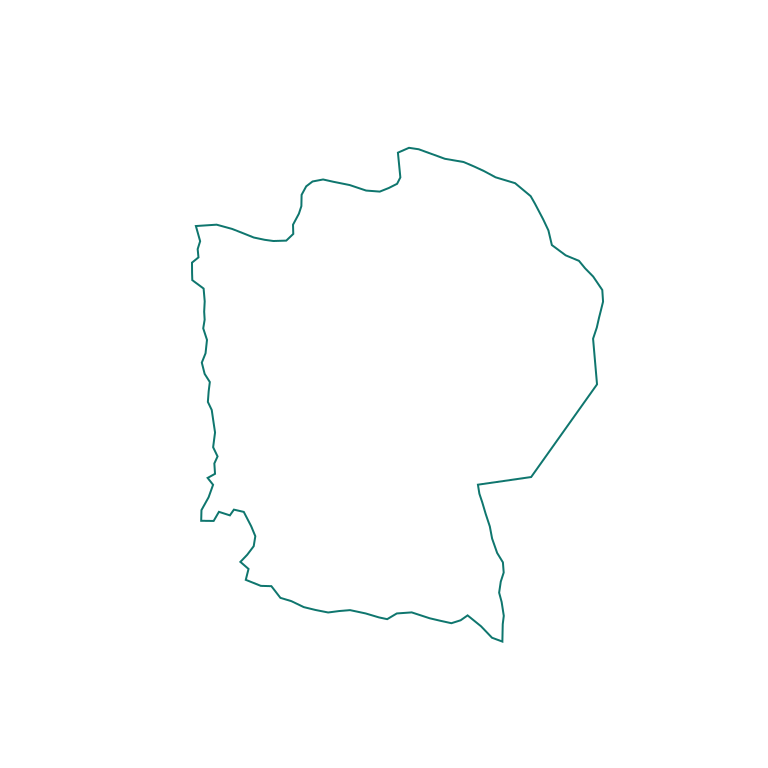 Terra Roxa, São Paulo, Brazil, rotated 305°
{"feature_id": "56859067B22989261548465", "entity_name": "Terra Roxa", "entity_type": "district", "adm_level": 2, "iso_a3": "BRA", "parent_name": "Brazil", "parent_adm1": "São Paulo", "projection": "equal_earth", "projection_center": [-48.359, -20.777], "detail": "fine", "context": "isolated", "style": "outline", "palette": "teal", "viewbox_px": 768, "rotation_deg": 305, "n_neighbors": 0, "source": "geoboundaries", "source_scale": "gbopen_adm2", "svg_char_len": 1714}
<svg xmlns="http://www.w3.org/2000/svg" viewBox="0 0 768 768"><g transform="rotate(305 384 384)"><path d="M240.9,628.7L255.4,619.0L262.8,615.1L272.9,605.4L279.1,598.0L289.1,593.0L298.2,590.2L306.1,583.7L310.5,573.6L319.4,561.2L328.0,552.4L336.0,541.7L343.4,532.4L348.8,525.1L355.4,518.7L392.2,557.9L505.9,558.7L541.0,529.3L552.4,525.9L561.7,522.1L568.3,519.6L577.1,516.2L586.2,508.9L592.0,493.7L594.1,482.4L596.7,473.1L593.6,459.0L594.1,441.8L604.1,430.6L610.2,419.9L618.3,404.2L622.0,396.4L623.7,376.2L617.3,356.8L615.8,344.0L613.9,333.3L611.5,321.9L603.4,304.7L596.2,277.8L591.8,269.0L581.5,262.7L562.6,278.9L555.5,279.9L547.3,275.5L539.2,270.2L532.2,258.4L527.3,241.8L520.6,226.5L516.6,216.8L508.9,209.3L501.3,206.9L491.7,208.0L482.3,214.3L474.7,216.6L462.3,218.1L454.9,223.6L445.4,221.7L437.7,211.4L433.7,203.6L429.3,193.3L426.9,183.0L423.9,170.6L418.5,155.5L405.5,139.3L395.5,151.5L387.6,154.0L381.3,159.4L373.3,157.1L365.0,163.0L359.1,167.4L358.7,181.5L348.9,189.7L340.1,195.2L333.8,200.2L325.9,204.0L318.6,213.7L306.8,220.2L297.0,222.5L289.4,231.3L285.7,240.2L277.4,244.6L268.3,250.0L263.9,257.8L257.0,264.3L247.4,273.4L240.5,277.0L234.2,280.3L229.2,289.2L221.6,290.6L213.5,297.1L205.9,293.4L203.4,301.8L190.6,305.3L176.0,306.8L167.1,312.7L174.1,323.0L184.6,322.1L188.0,333.1L195.0,333.1L198.8,342.5L191.3,356.8L185.5,365.9L176.4,370.3L165.7,369.9L155.9,368.4L154.8,379.1L144.3,383.1L148.0,398.9L153.8,407.7L149.4,421.8L153.0,432.7L155.2,446.2L159.6,457.5L164.8,469.3L172.3,477.5L179.3,485.9L185.5,500.5L189.9,513.7L193.2,521.5L203.4,526.1L212.8,537.7L218.3,555.8L222.3,565.8L226.7,576.4L234.4,582.3L242.4,585.2L241.2,602.4L238.1,618.0L240.9,628.7Z" fill="none" stroke="#0f766e" stroke-width="2"/></g></svg>